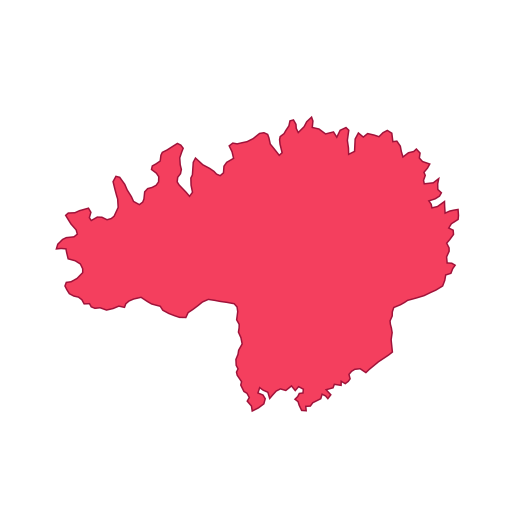 outline of Pato Branco, Paraná, Brazil, rotated 283°
{"feature_id": "56859067B2148871649171", "entity_name": "Pato Branco", "entity_type": "district", "adm_level": 2, "iso_a3": "BRA", "parent_name": "Brazil", "parent_adm1": "Paraná", "projection": "robinson", "projection_center": [-52.664, -26.152], "detail": "fine", "context": "isolated", "style": "filled", "palette": "rose", "viewbox_px": 512, "rotation_deg": 283, "n_neighbors": 0, "source": "geoboundaries", "source_scale": "gbopen_adm2", "svg_char_len": 4022}
<svg xmlns="http://www.w3.org/2000/svg" viewBox="0 0 512 512"><g transform="rotate(283 256 256)"><path d="M121.3,274.7L120.2,278.1L116.6,281.3L112.6,280.1L108.8,285.3L104.1,287.2L108.5,292.5L113.7,296.9L119.0,297.1L122.1,294.1L123.0,288.7L128.6,289.2L126.9,293.1L125.9,298.2L120.3,301.4L123.8,303.2L129.0,306.1L132.0,309.7L131.7,315.3L137.4,319.8L133.7,324.5L138.3,326.9L136.9,332.1L133.1,332.6L131.8,329.1L128.5,328.3L125.2,326.2L123.6,329.7L120.2,331.7L115.8,335.2L116.5,339.7L120.7,338.3L122.0,342.7L125.8,344.3L131.5,351.2L136.2,351.5L135.3,355.3L133.2,358.1L137.6,360.1L141.5,354.4L144.9,360.7L148.6,361.2L149.1,368.0L153.1,367.2L151.7,371.7L154.6,374.1L157.5,375.3L161.6,373.2L165.2,375.1L167.8,377.7L169.6,382.8L167.1,389.3L170.8,391.7L180.6,399.2L189.4,407.5L193.1,410.5L204.8,406.5L211.9,405.9L216.3,404.1L219.7,402.3L222.9,401.2L228.2,402.2L232.2,401.4L236.8,401.8L241.0,407.7L244.2,411.2L246.9,413.7L249.3,418.2L251.3,421.9L255.2,428.7L259.8,434.4L263.2,438.9L268.8,444.6L274.7,445.4L280.2,445.1L283.0,449.8L287.9,450.5L291.8,452.1L293.0,448.4L292.2,443.8L298.0,441.9L304.1,443.1L307.3,442.3L311.4,438.9L315.6,441.1L321.5,443.6L325.5,442.3L326.6,437.5L331.4,439.1L337.1,444.7L341.0,444.2L346.8,442.4L345.2,438.5L343.4,434.7L340.3,430.6L346.6,428.7L351.5,427.4L345.0,421.7L342.5,416.6L345.9,415.0L348.6,412.0L352.0,417.7L355.6,421.3L359.3,422.4L361.7,418.2L367.1,416.8L372.5,416.6L367.2,412.3L365.5,407.5L364.2,403.7L367.4,402.2L372.6,402.8L375.3,400.8L380.2,403.3L384.7,404.6L385.5,397.0L388.2,393.1L393.2,392.7L396.3,388.2L393.3,386.2L390.9,381.3L385.5,376.9L390.5,374.1L395.5,371.9L399.6,367.4L398.2,363.6L402.1,362.2L406.2,360.7L407.9,355.7L404.7,352.0L399.9,349.0L400.4,343.9L400.4,337.2L396.0,333.8L398.9,328.1L392.3,326.3L380.1,328.5L375.9,323.4L382.0,321.8L389.2,319.0L399.4,318.1L401.4,314.8L397.4,309.7L389.9,308.0L394.3,303.6L390.6,296.3L393.9,288.8L393.9,281.9L400.3,281.1L403.8,278.9L398.2,275.2L392.8,273.8L385.8,269.4L389.4,266.5L393.3,265.3L397.0,261.9L395.3,258.7L390.2,258.8L384.9,256.8L381.5,255.8L377.8,252.7L374.7,252.8L370.3,254.3L362.5,258.2L359.3,256.0L364.4,249.7L368.3,244.7L374.0,242.0L377.1,240.0L377.9,236.0L376.2,231.9L369.7,226.8L365.4,221.6L363.2,216.9L361.0,212.4L360.8,208.0L357.3,205.1L352.2,209.2L346.1,212.2L340.7,206.4L336.3,204.6L329.7,205.6L326.2,203.0L326.9,199.1L329.0,196.0L330.9,191.2L332.9,183.7L337.8,175.0L333.2,173.8L320.7,175.8L317.3,175.0L310.4,176.8L303.8,179.8L299.2,177.8L302.4,173.5L307.9,165.1L310.5,162.5L315.1,162.0L319.2,163.9L323.5,163.8L327.9,161.6L334.5,159.6L340.5,160.2L344.6,160.8L347.1,157.8L348.0,154.1L344.8,150.9L339.2,145.4L335.9,141.4L332.8,140.7L327.0,141.3L323.3,137.9L320.4,134.7L316.8,134.7L314.3,140.3L311.4,143.4L306.3,144.4L302.4,142.8L299.4,139.3L297.3,135.3L293.5,133.1L286.2,134.0L283.0,133.5L279.8,130.8L281.6,124.4L285.7,121.3L291.4,115.6L296.3,112.0L302.0,105.5L302.1,101.6L296.3,100.0L289.7,103.3L283.3,106.7L280.4,108.4L272.3,110.8L267.1,109.7L262.8,108.8L259.9,106.5L257.8,102.7L259.1,97.2L258.2,92.6L253.5,87.5L255.8,85.0L261.4,85.3L264.9,82.0L260.5,73.9L257.4,69.8L255.6,63.4L252.8,61.4L248.9,65.2L245.5,68.6L241.0,74.9L237.1,77.0L233.7,74.3L231.2,67.0L228.6,63.8L222.9,60.2L218.0,59.9L219.5,64.4L220.2,69.2L216.8,70.7L211.0,73.6L210.7,80.9L208.7,86.7L204.6,90.0L200.8,90.9L193.9,86.7L189.3,81.6L187.6,77.1L183.8,76.6L180.7,79.2L177.3,82.6L176.0,87.5L176.0,92.3L174.2,96.2L170.7,99.3L172.1,104.5L169.4,106.9L168.8,110.8L170.5,115.7L169.7,122.5L172.7,128.6L176.3,133.6L176.4,139.4L180.2,139.9L183.6,142.4L186.6,146.5L189.9,153.3L187.2,160.5L185.8,165.0L185.6,169.7L185.5,174.0L182.2,177.4L180.4,183.9L179.5,190.1L179.0,195.3L180.3,201.5L185.6,202.6L189.6,206.4L194.6,210.6L199.2,214.2L203.0,219.3L203.5,225.6L203.7,231.5L204.3,238.0L204.6,245.5L202.1,249.0L197.7,250.7L189.5,251.5L185.6,255.0L182.2,255.7L177.9,256.0L173.0,259.7L167.2,262.3L160.3,260.3L156.1,260.6L150.7,259.7L145.0,261.3L142.0,263.9L138.5,263.1L135.6,264.5L130.3,270.2L126.8,270.2L121.3,274.7Z" fill="#f43f5e" stroke="#9f1239" stroke-width="1.5"/></g></svg>